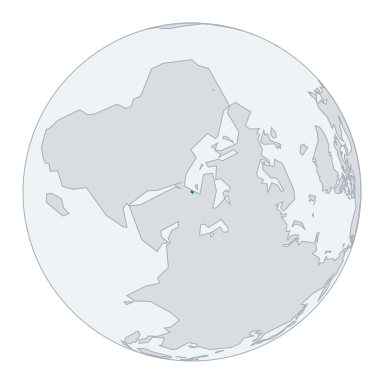 Mount Lebanon on an orthographic globe, rotated 98°
{"feature_id": "LBN-3025", "entity_name": "Mount Lebanon", "entity_type": "Province", "adm_level": 1, "iso_a3": "LBN", "parent_name": "Lebanon", "parent_adm1": "", "projection": "orthographic", "projection_center": [35.671, 33.864], "detail": "fine", "context": "on_globe", "style": "filled", "palette": "teal", "viewbox_px": 384, "rotation_deg": 98, "n_neighbors": 0, "source": "natural_earth", "source_scale": "10m", "svg_char_len": 10476}
<svg xmlns="http://www.w3.org/2000/svg" viewBox="0 0 384 384"><g transform="rotate(98 192 192)"><circle cx="192" cy="192" r="169" fill="#eef3f6" stroke="#a8b0b8"/><path d="M170.4,24.4L176.1,23.9L196.0,23.7L203.1,23.7L200.9,24.0L215.0,24.6L226.4,26.6L213.0,24.5L211.2,24.4L218.6,25.5L218.4,25.8L221.8,26.6L220.9,27.0L213.1,26.2L212.4,26.6L217.7,27.4L220.1,28.7L212.4,27.3L215.8,29.5L203.5,29.7L183.7,27.5L176.3,29.6L154.3,33.0L155.7,33.7L148.3,36.0L147.1,37.8L143.4,38.4L145.7,39.4L149.3,38.6L151.6,38.9L151.2,40.0L146.4,40.7L145.9,40.3L144.3,41.1L142.0,41.1L142.9,41.7L137.1,42.8L142.3,43.5L137.2,45.8L133.5,46.1L134.7,43.7L129.0,40.0L125.6,40.4L119.6,42.7L106.7,51.7L102.6,53.3L96.5,57.2L98.4,57.1L103.8,54.1L105.7,55.3L112.2,52.0L113.9,52.2L120.2,50.1L118.3,53.1L113.1,57.2L107.8,59.3L105.4,61.3L109.7,61.8L99.1,68.4L91.0,78.2L88.3,79.9L84.5,78.2L86.3,71.6L81.3,71.1L83.6,74.3L77.0,79.2L75.5,81.4L75.3,83.1L77.5,82.5L75.0,85.0L71.8,82.3L74.0,79.9L75.0,80.7L75.8,77.8L73.6,76.8L70.4,79.8L70.4,76.5L68.2,78.7L66.9,79.5L70.5,76.0L64.0,82.5L63.5,82.2L72.0,73.1L81.0,64.6L90.7,56.8L100.9,49.7L111.6,43.4L122.7,37.9L134.3,33.2L146.1,29.4L158.2,26.5L170.4,24.4ZM25.4,164.0L24.2,172.8L23.7,186.6L23.6,194.9L23.4,197.4L23.9,201.9L23.9,204.5L28.5,222.3L33.1,236.0L34.4,244.5L33.5,248.4L37.7,260.8L33.1,249.4L29.3,237.6L26.4,225.5L24.4,213.3L23.3,201.0L23.1,188.6L23.8,176.3L25.4,164.0ZM208.3,23.9L204.3,23.6L208.3,23.9L208.3,23.9ZM222.5,26.7L223.7,26.8L225.0,27.2L222.5,26.7ZM120.8,48.7L120.4,49.4L119.4,49.4L120.8,48.7ZM123.8,47.3L122.8,46.8L124.1,46.1L124.7,46.4L123.8,47.3ZM224.7,28.3L226.4,29.2L223.3,28.1L224.7,28.3ZM124.6,48.1L126.5,44.8L128.8,43.6L132.8,43.8L124.6,48.1ZM226.5,29.6L230.6,32.2L233.7,32.5L227.4,33.6L225.9,30.8L221.7,29.3L225.2,29.9L226.5,29.6ZM150.6,37.9L146.7,38.8L150.3,37.1L150.6,37.9ZM152.4,36.8L160.1,31.9L165.7,31.4L162.0,33.0L169.5,31.9L168.4,34.0L164.0,35.1L160.6,34.9L162.8,35.9L152.4,36.8ZM223.2,34.0L223.1,34.7L221.7,33.8L223.2,34.0ZM152.7,38.9L153.8,37.8L158.7,37.3L157.5,39.3L156.3,38.8L152.7,38.9ZM172.0,30.7L175.4,30.9L175.5,32.6L176.8,32.9L168.8,34.0L172.0,30.7ZM155.0,39.5L156.7,40.4L154.1,41.8L152.0,39.9L155.0,39.5ZM160.5,36.3L162.8,36.2L161.1,36.9L160.5,36.3ZM145.7,47.6L146.9,46.0L149.5,45.5L145.7,47.6ZM157.5,40.7L158.4,40.3L159.6,40.0L160.2,40.9L157.5,40.7ZM169.4,35.3L168.7,36.1L172.7,34.9L172.9,36.3L167.5,36.9L169.9,37.3L170.0,37.7L165.6,37.7L169.4,35.3ZM164.3,41.1L157.5,42.7L154.8,45.6L152.3,46.0L157.2,41.4L164.3,41.1ZM165.4,39.1L164.2,40.4L161.8,40.1L161.1,39.1L165.4,39.1ZM175.0,37.2L176.0,34.8L177.2,34.8L175.0,37.2ZM164.0,41.9L165.6,41.5L164.0,42.2L164.0,41.9ZM172.1,38.6L172.3,37.7L173.6,37.7L172.1,38.6ZM168.7,41.6L166.5,42.1L166.0,41.3L168.7,41.6ZM170.6,40.3L172.3,40.5L167.1,40.8L170.5,39.9L170.6,40.3ZM173.3,38.8L174.1,38.5L173.0,39.2L173.3,38.8ZM171.8,44.5L165.3,45.0L164.3,43.2L170.7,42.9L171.8,44.5ZM68.6,238.5L61.0,210.7L65.8,203.7L67.4,192.7L101.0,167.1L107.3,172.0L132.8,174.1L135.8,176.2L131.9,184.7L150.3,199.2L157.4,192.6L174.9,200.3L187.2,200.5L193.2,183.8L173.1,183.0L170.5,174.5L187.3,168.0L205.0,169.1L204.5,165.9L194.1,158.6L198.9,152.7L190.6,155.7L193.4,159.0L188.2,161.2L185.3,158.3L187.1,156.2L182.0,154.6L174.7,165.7L176.8,170.3L162.9,171.3L165.0,179.3L161.0,182.5L155.9,170.3L157.0,166.1L146.8,152.2L144.4,156.6L153.8,170.2L150.6,168.8L147.4,175.6L147.2,169.3L137.6,154.0L125.6,154.1L108.9,167.9L102.2,167.1L97.1,161.5L104.6,144.9L118.8,148.5L121.6,143.4L119.9,134.1L124.4,136.2L125.4,133.0L130.9,134.2L139.8,128.3L145.5,128.8L150.2,119.7L153.7,118.9L150.0,124.4L150.5,128.7L164.9,130.5L168.0,128.9L169.8,123.0L173.6,124.5L173.5,118.6L182.4,117.2L171.5,114.2L173.4,108.0L179.3,103.7L178.0,101.3L168.3,108.3L166.2,111.7L167.5,115.3L160.1,124.9L154.9,125.9L155.3,114.4L148.0,114.8L151.5,106.2L175.5,91.5L184.9,89.3L198.1,98.4L195.3,102.1L189.1,100.5L193.7,107.5L193.9,104.3L197.0,105.8L199.5,100.7L201.9,101.6L200.4,95.5L203.5,96.0L204.4,99.8L210.9,93.4L217.7,93.4L218.0,91.6L216.5,89.7L226.2,91.3L226.0,90.0L222.8,88.9L220.3,85.6L219.8,80.5L223.1,81.3L223.8,83.3L230.3,88.8L231.5,94.3L232.8,94.1L232.6,89.7L224.7,82.8L223.4,79.6L227.6,82.3L226.0,81.0L226.4,79.7L230.0,79.3L225.5,76.2L225.5,62.2L232.5,60.6L236.2,64.2L239.8,56.8L247.3,56.5L244.3,55.3L244.0,51.6L241.6,51.6L240.2,50.8L238.3,42.5L240.5,41.5L236.2,37.6L234.7,37.1L232.8,37.5L227.4,33.6L233.7,32.5L236.9,33.6L238.6,32.6L245.7,35.3L252.3,37.4L259.0,41.6L263.6,43.3L263.8,42.8L270.2,45.1L283.0,52.3L272.0,48.7L252.7,40.3L260.5,43.6L258.5,43.7L261.2,45.6L266.8,48.1L267.5,47.9L275.3,57.9L288.2,68.5L287.8,64.7L291.6,65.5L305.9,76.4L321.8,99.9L327.0,103.0L330.0,106.8L331.4,111.7L327.1,106.2L324.9,106.7L322.3,103.1L323.1,109.8L319.3,105.1L321.8,113.0L325.2,115.5L325.9,111.0L329.7,120.5L335.5,123.6L340.5,131.4L345.5,152.4L344.0,163.3L344.9,166.4L342.0,165.9L341.6,174.6L349.7,185.2L350.7,189.8L348.5,203.6L347.8,200.5L340.3,199.0L341.3,210.9L347.1,214.7L349.2,223.2L345.8,223.9L343.4,216.6L340.7,215.8L339.7,205.9L334.0,194.1L330.5,200.5L329.1,194.7L320.8,186.6L314.7,195.4L306.2,218.0L307.8,233.2L303.7,242.0L291.7,224.8L286.6,211.0L282.1,214.2L269.9,204.9L248.3,209.9L245.4,206.3L241.3,209.1L232.8,206.5L228.4,200.4L223.2,201.6L234.9,217.5L240.5,216.2L245.5,208.5L247.6,214.4L255.9,218.2L246.1,235.2L214.4,252.3L211.7,241.0L189.3,209.1L190.2,205.3L190.1,204.8L189.8,204.1L187.4,210.3L183.7,203.7L195.3,226.7L197.1,236.4L214.0,253.0L212.3,254.9L217.8,258.0L236.0,251.5L236.0,255.3L227.2,273.5L202.4,297.1L205.9,310.4L204.5,321.1L189.5,328.1L191.4,335.3L183.8,337.6L183.7,341.3L177.8,344.7L167.9,347.3L150.4,345.1L148.9,342.1L139.4,334.4L126.1,314.6L130.0,306.6L128.2,298.9L115.6,278.7L118.4,269.1L115.1,263.8L108.3,263.1L104.6,256.6L100.6,255.2L75.7,249.3L68.6,238.5ZM88.5,183.3L87.4,186.5L88.5,183.3ZM223.3,179.0L234.1,178.4L229.9,168.2L233.7,167.3L230.8,164.3L229.5,167.5L222.6,159.2L227.5,155.6L226.5,151.1L222.8,151.1L215.0,159.3L224.8,170.8L222.0,175.5L223.3,179.0ZM27.3,154.2L26.8,156.7L26.9,156.3L27.3,154.2ZM35.6,128.2L35.8,127.7L34.6,130.7L35.2,129.1L35.6,128.2ZM77.2,79.3L77.3,79.6L76.6,81.7L75.9,81.4L77.2,79.3ZM80.1,87.5L76.1,91.4L78.4,88.2L76.5,88.4L79.2,82.3L87.2,80.4L83.1,82.2L80.1,87.5ZM84.9,74.2L82.3,77.9L84.8,74.0L84.9,74.2ZM125.8,116.1L127.3,118.7L124.6,121.9L117.3,122.4L121.1,117.7L125.8,116.1ZM130.0,121.8L132.4,110.8L137.0,110.5L134.0,112.4L136.9,113.3L132.8,116.8L134.8,127.6L132.6,131.2L120.3,129.5L125.6,127.9L123.8,125.3L130.0,121.8ZM130.5,87.4L131.6,83.7L140.2,87.5L138.1,90.5L130.7,90.9L128.8,87.6L130.5,87.4ZM131.4,49.6L131.3,48.6L132.7,48.3L133.9,48.9L131.4,49.6ZM146.0,46.9L133.4,53.5L132.6,52.7L126.2,58.1L121.6,58.2L125.9,54.6L117.6,59.0L119.6,55.8L114.2,59.1L124.3,51.1L125.8,48.7L125.9,51.2L130.1,51.2L132.3,50.4L139.9,46.7L145.2,42.0L150.2,41.6L152.3,42.5L151.8,43.5L148.7,43.4L150.3,44.9L145.4,45.6L146.0,46.9ZM174.2,59.4L170.8,57.9L173.0,62.9L168.2,62.8L168.7,63.4L164.9,64.8L161.2,67.7L159.1,67.3L158.5,68.6L156.0,69.8L154.5,71.5L150.3,71.4L148.2,73.7L147.4,72.4L144.9,76.4L144.8,73.4L141.5,74.9L143.3,77.0L124.1,74.2L116.0,76.0L109.3,79.3L110.2,74.3L117.0,68.3L126.5,62.9L134.1,62.2L133.1,60.3L136.5,59.5L135.9,61.3L138.8,58.1L141.4,57.9L149.9,54.4L152.5,50.3L155.7,49.1L155.9,50.7L158.9,48.4L161.5,50.7L163.8,50.0L168.7,51.7L167.9,55.5L170.5,54.5L174.3,56.0L174.2,59.4ZM173.0,45.1L173.1,49.2L170.5,51.3L163.1,47.4L160.6,47.8L155.8,45.8L159.7,42.9L160.7,43.7L162.6,43.8L160.6,44.7L163.6,44.1L165.2,45.2L167.9,45.1L167.2,46.4L173.0,45.1ZM139.9,173.5L142.3,174.3L146.3,174.6L144.4,179.1L139.9,173.5ZM133.1,163.1L135.4,163.0L134.6,169.0L132.0,168.3L133.1,163.1ZM137.3,158.0L135.5,162.5L135.0,159.7L137.3,158.0ZM152.2,124.1L154.7,123.7L154.7,125.2L153.0,127.1L152.2,124.1ZM179.7,75.8L178.2,74.2L179.1,73.6L179.1,69.3L182.7,69.2L184.1,71.8L179.7,75.8ZM189.4,186.7L185.5,189.8L183.8,188.2L185.5,187.4L189.4,186.7ZM163.5,184.9L169.1,187.6L163.0,186.1L163.5,184.9ZM183.6,75.0L183.2,73.2L185.2,74.3L183.6,75.0ZM185.3,69.0L187.8,69.9L183.1,68.7L185.3,69.0ZM253.3,349.3L254.1,349.1L251.5,350.1L253.3,349.3ZM233.7,316.7L222.3,334.8L214.3,335.7L212.7,331.2L216.8,320.5L226.1,316.5L230.6,310.8L233.7,316.7ZM357.5,226.0L357.5,225.9L357.5,226.0ZM357.2,226.5L357.9,223.8L356.8,228.5L357.2,226.5ZM356.6,228.5L351.8,238.8L349.3,241.2L350.3,237.9L354.2,231.9L356.6,228.5ZM350.1,238.1L345.8,237.5L337.1,226.0L340.3,223.5L348.8,226.8L348.4,229.4L351.0,231.0L350.1,238.1ZM358.8,210.5L358.2,217.4L355.9,222.6L354.6,224.2L353.8,218.1L354.3,213.0L355.5,211.0L357.9,189.0L359.1,189.4L358.9,197.7L359.8,200.7L358.8,210.5ZM308.6,234.3L312.7,241.2L310.2,244.0L308.6,234.3ZM357.2,175.9L357.3,185.3L356.7,174.2L357.2,175.9ZM355.8,166.6L356.7,169.4L355.6,167.9L355.8,166.6ZM346.4,170.7L345.2,173.6L344.4,171.5L345.4,166.6L346.4,170.7ZM344.4,138.3L347.3,144.5L348.1,147.0L346.2,144.3L344.4,138.3ZM213.6,74.6L209.7,80.4L209.3,85.1L212.8,88.4L206.2,86.5L206.8,79.2L213.6,74.6ZM223.7,63.5L220.6,61.1L223.0,60.8L224.1,61.3L223.7,63.5ZM221.1,63.0L215.4,62.6L214.3,60.4L219.1,61.1L221.1,63.0ZM199.5,68.2L198.1,69.8L196.4,68.8L199.5,68.2ZM360.0,209.8L360.2,206.1L359.5,214.1L359.2,215.4L359.5,210.2L360.1,201.2L360.3,196.6L360.9,189.2L360.2,200.4L360.3,203.2L360.8,197.3L360.4,203.5L360.3,206.8L360.0,209.8ZM360.2,178.8L359.3,176.2L359.3,180.5L358.5,168.6L359.6,173.0L360.2,178.8ZM358.2,169.7L358.3,173.7L357.7,167.2L358.2,169.7ZM357.8,172.5L357.0,169.2L357.4,167.9L357.8,172.5ZM358.3,168.7L356.9,162.3L357.8,164.9L358.3,168.7ZM354.7,162.0L356.9,164.1L355.4,166.4L351.6,155.2L352.0,152.9L354.7,162.0ZM333.0,106.1L330.9,103.6L330.1,101.1L331.8,103.5L333.0,106.1ZM325.7,91.9L329.2,99.7L331.7,106.5L332.6,106.6L336.2,112.6L332.9,109.9L328.7,101.4L327.4,97.2L323.9,92.6L320.9,87.6L316.4,83.2L314.1,80.1L317.8,83.0L325.7,91.9ZM314.5,81.5L305.6,73.3L305.7,71.2L307.7,72.5L311.8,77.1L311.4,77.9L314.5,81.5ZM303.5,70.9L303.0,71.7L289.1,64.0L286.1,61.9L296.9,66.1L297.1,67.2L300.5,69.6L303.5,70.9ZM224.9,34.9L223.2,34.7L224.3,34.4L224.9,34.9ZM238.9,51.0L237.1,49.8L238.4,49.3L238.9,51.0ZM232.8,46.6L232.5,48.0L231.4,46.2L232.8,46.6ZM232.1,51.2L231.7,48.3L234.2,51.6L232.1,51.2Z" fill="#d9dde1" stroke="#a8b0b8" stroke-width="1"/><path d="M191.7,191.9L191.8,191.9L191.8,191.7L191.9,191.3L191.9,191.2L192.0,191.0L192.3,191.0L192.5,191.1L192.8,191.1L192.8,191.4L192.7,191.6L192.5,191.8L192.4,191.9L192.4,192.0L192.2,192.2L192.3,192.2L192.3,192.3L192.2,192.3L192.2,192.5L192.0,192.8L191.9,193.0L191.9,192.9L191.7,192.8L191.4,192.8L191.3,192.6L191.4,192.4L191.5,192.2L191.7,191.9L191.7,191.9Z" fill="#14b8a6" stroke="#0f766e" stroke-width="1.5"/></g></svg>